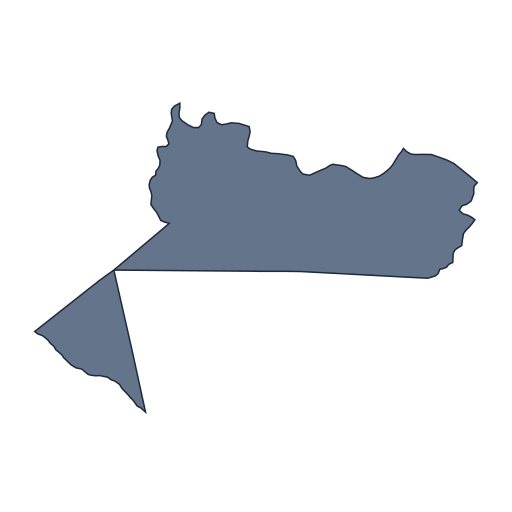 the district of Vigia, Pará, Brazil, rotated 89°
{"feature_id": "56859067B98981915099258", "entity_name": "Vigia", "entity_type": "district", "adm_level": 2, "iso_a3": "BRA", "parent_name": "Brazil", "parent_adm1": "Pará", "projection": "albers", "projection_center": [-48.119, -0.944], "detail": "fine", "context": "isolated", "style": "filled", "palette": "slate", "viewbox_px": 512, "rotation_deg": 89, "n_neighbors": 0, "source": "geoboundaries", "source_scale": "gbopen_adm2", "svg_char_len": 2158}
<svg xmlns="http://www.w3.org/2000/svg" viewBox="0 0 512 512"><g transform="rotate(89 256 256)"><path d="M101.9,329.5L104.7,335.0L107.9,337.8L111.8,338.3L119.5,337.2L126.6,340.3L130.4,342.6L134.6,343.6L138.0,342.3L142.3,341.1L145.0,344.0L144.8,347.6L145.4,352.1L148.9,353.2L154.1,352.1L158.6,350.3L163.6,350.6L166.9,352.4L169.5,354.6L173.5,355.0L175.3,358.2L178.1,360.3L182.8,361.6L186.4,361.3L189.6,360.0L193.5,359.1L202.7,360.2L206.6,357.7L210.8,354.5L218.8,350.6L220.5,346.9L221.8,342.1L267.6,398.4L271.1,261.0L271.4,251.8L271.9,224.4L272.3,211.6L280.2,99.9L281.2,84.6L280.0,80.3L279.0,76.9L276.6,74.2L272.5,72.4L271.8,69.0L270.5,65.6L267.8,63.5L265.9,59.4L261.5,59.1L256.9,58.8L253.4,56.9L251.4,54.1L249.2,50.1L242.6,49.2L237.1,48.1L233.2,45.0L230.3,41.8L226.8,38.9L223.6,36.5L221.0,39.7L218.9,43.5L217.4,48.3L213.9,52.0L209.5,49.3L207.9,44.3L204.6,39.8L197.4,37.1L194.1,37.2L190.0,36.7L186.5,33.4L179.7,41.2L170.6,52.1L166.9,56.7L163.4,63.4L157.6,78.7L157.3,86.1L157.3,90.1L157.3,95.4L156.8,99.3L154.0,103.9L151.0,106.7L154.8,109.2L157.7,111.8L167.4,117.9L170.9,121.0L175.2,126.3L178.3,131.3L179.9,136.6L180.5,140.9L179.2,147.7L175.7,153.1L172.2,158.3L170.2,161.4L168.1,164.6L166.9,169.7L166.3,173.9L165.6,177.6L166.9,180.9L169.3,184.5L172.2,191.8L176.2,201.1L174.9,207.5L172.4,210.1L166.7,213.6L161.0,214.7L157.0,217.2L155.5,222.6L154.9,226.6L154.1,232.1L153.6,238.9L152.3,243.4L151.6,247.9L151.0,253.7L149.0,259.9L146.7,262.8L141.0,262.2L136.0,260.7L131.6,259.7L126.5,260.6L123.1,270.8L122.4,278.6L123.6,283.6L124.1,288.4L121.9,292.6L117.7,294.6L112.7,295.3L111.4,300.5L114.3,304.7L118.3,307.6L123.6,308.3L126.6,311.1L126.5,316.3L123.6,321.9L119.3,327.8L116.2,330.2L111.8,330.5L106.2,329.5L101.9,329.5ZM410.1,369.2L346.5,381.9L267.6,398.4L278.0,413.4L327.6,478.6L330.0,475.7L331.8,471.1L333.8,468.4L336.6,465.4L339.9,463.0L342.7,459.7L346.1,457.9L351.3,452.0L354.4,450.0L361.8,442.6L364.7,437.9L366.0,432.2L371.5,425.9L372.4,422.6L373.0,418.1L372.8,414.6L374.6,406.5L377.2,403.1L378.6,399.3L382.0,394.7L386.1,392.3L392.1,386.7L395.5,384.0L398.5,381.1L404.0,377.4L405.7,374.1L410.1,369.2Z" fill="#64748b" stroke="#1e293b" stroke-width="1.5"/></g></svg>